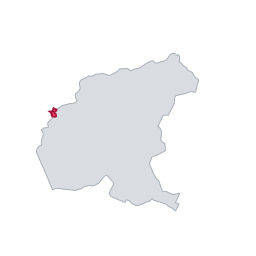 Morobo, Central Equatoria, South Sudan (highlighted), rotated 115°
{"feature_id": "79223893B16328156709571", "entity_name": "Morobo", "entity_type": "district", "adm_level": 2, "iso_a3": "SSD", "parent_name": "South Sudan", "parent_adm1": "Central Equatoria", "projection": "robinson", "projection_center": [30.83, 3.714], "detail": "fine", "context": "in_parent", "style": "filled", "palette": "rose", "viewbox_px": 256, "rotation_deg": 115, "n_neighbors": 0, "source": "geoboundaries", "source_scale": "gbopen_adm2", "svg_char_len": 4890}
<svg xmlns="http://www.w3.org/2000/svg" viewBox="0 0 256 256"><g transform="rotate(115 128 128)"><path d="M195.4,193.1L188.9,200.4L188.5,200.8L187.7,201.4L185.1,201.4L182.4,201.1L179.9,199.2L177.4,200.6L175.8,201.1L174.8,201.3L172.6,201.5L169.4,202.3L168.0,203.3L167.2,204.0L166.6,205.5L166.3,205.6L165.7,205.5L164.9,204.9L163.2,204.1L162.4,202.2L161.6,201.1L160.9,200.6L158.3,202.4L157.0,202.8L155.9,202.7L154.0,201.7L151.8,200.9L150.7,200.9L149.1,201.9L147.2,203.6L146.2,205.2L145.8,206.1L145.1,204.7L144.5,203.8L143.6,203.4L141.8,203.8L141.3,203.2L141.3,202.0L141.0,200.8L140.5,200.0L139.2,199.1L135.6,197.3L132.8,193.8L131.5,192.2L130.5,191.2L129.0,188.4L127.4,186.5L125.4,185.6L124.1,186.1L122.8,188.1L120.2,190.0L119.1,190.1L117.6,189.0L115.7,188.3L112.4,188.0L111.0,188.9L109.2,190.3L107.6,191.2L106.7,191.3L105.8,191.0L104.8,190.8L103.9,190.7L102.1,189.4L101.2,188.4L100.6,187.5L99.6,186.8L98.4,186.3L97.5,185.5L97.1,184.4L96.5,183.1L95.6,181.9L92.8,179.7L92.0,178.4L91.5,177.1L90.3,175.8L89.2,173.9L88.8,171.2L88.7,169.0L88.5,168.0L88.0,167.0L87.4,166.1L86.4,165.2L84.2,163.8L81.9,162.2L80.8,161.2L78.7,160.9L77.5,159.9L76.4,157.9L76.0,156.3L74.9,155.0L74.5,154.1L74.2,153.0L75.1,149.8L73.9,148.7L72.0,147.2L70.7,145.6L70.0,144.1L67.6,142.1L62.5,139.2L59.6,137.3L58.0,135.6L56.6,134.0L56.5,133.3L57.4,131.6L57.5,130.3L56.8,128.8L53.8,126.0L51.3,122.9L49.5,121.9L45.1,121.1L43.8,120.7L42.5,120.1L41.2,118.7L40.7,117.1L41.4,114.4L41.0,113.6L40.2,113.4L40.5,112.9L41.3,111.6L42.7,110.8L46.3,109.4L46.5,108.9L46.6,107.3L46.9,106.5L48.2,104.2L48.4,103.3L48.4,101.4L48.6,100.4L49.0,99.8L50.0,98.7L50.3,98.0L50.5,96.5L50.4,93.5L50.9,92.4L53.2,89.7L53.8,88.5L54.0,87.4L54.0,86.4L54.2,85.3L54.9,84.2L55.4,83.9L57.1,83.6L58.3,83.8L66.4,82.0L67.3,82.2L67.7,83.3L67.7,85.0L67.8,85.9L68.3,86.5L69.5,87.3L70.4,88.7L70.9,89.2L72.2,90.1L78.2,98.0L79.9,98.7L81.5,98.5L84.8,96.8L86.4,96.4L97.9,96.9L99.1,96.6L101.0,100.6L101.8,101.5L114.3,101.6L114.1,100.5L114.3,99.2L116.5,96.8L116.8,96.5L118.7,95.3L120.6,94.6L124.2,93.7L125.6,92.2L126.3,90.9L126.3,88.3L126.8,87.9L127.7,87.3L131.9,85.0L132.6,84.5L140.0,89.9L144.2,94.1L144.4,94.3L144.7,94.4L144.9,94.3L145.1,94.1L145.6,93.9L147.4,93.8L150.7,93.6L151.8,93.1L158.6,85.5L160.3,83.1L160.8,82.6L161.8,80.9L162.8,78.0L163.0,77.6L170.4,70.6L170.7,70.0L170.7,69.5L169.6,67.2L169.4,65.9L169.3,64.1L169.5,61.2L169.4,59.4L169.3,58.9L165.2,53.5L175.6,53.5L175.6,52.8L175.6,52.6L175.4,52.0L175.3,51.2L175.3,50.7L175.3,50.3L175.3,50.1L175.3,49.8L175.3,49.7L182.9,49.8L182.8,51.2L181.9,54.7L181.9,56.8L181.7,59.2L181.4,59.9L181.0,60.4L180.9,60.7L180.9,61.0L182.5,74.3L182.4,74.8L182.0,75.7L181.9,75.9L181.8,76.1L182.0,76.3L185.5,77.7L185.6,77.8L185.8,77.9L187.0,79.6L193.9,85.9L194.1,86.3L194.8,88.2L194.9,88.5L194.9,89.0L194.9,89.4L194.7,90.6L194.8,91.1L194.9,91.4L195.0,91.9L195.0,92.0L194.9,92.3L193.9,94.6L193.6,96.2L193.5,97.6L193.6,98.4L193.7,98.9L193.8,99.1L196.8,99.2L196.8,99.9L197.2,111.9L197.2,113.2L197.1,114.9L196.8,115.6L195.9,116.5L194.9,117.4L192.2,117.6L190.0,117.6L188.4,117.4L186.3,117.3L184.3,117.5L183.5,118.2L180.9,124.6L180.1,126.2L179.8,127.1L180.1,127.7L181.1,128.5L183.4,129.6L186.1,130.3L188.0,130.6L189.3,130.9L190.4,131.2L194.1,134.1L195.3,135.5L196.0,136.7L196.1,137.9L196.7,139.2L200.1,143.2L203.3,145.1L204.6,147.2L205.8,148.2L206.9,149.3L207.5,151.0L208.9,155.8L209.9,158.3L210.8,160.4L211.2,163.7L212.0,165.2L212.8,167.0L214.1,168.7L215.5,169.9L215.8,170.3L201.7,185.9L195.4,193.1Z" fill="#d9dde1" stroke="#a8b0b8" stroke-width="1"/><path d="M141.4,200.5L141.5,200.8L141.5,201.0L141.6,201.3L141.6,201.5L141.7,201.8L141.6,202.0L141.6,202.3L141.5,202.5L141.6,202.8L141.5,203.0L141.6,203.3L141.5,203.5L141.4,203.5L141.3,203.8L141.5,203.8L141.8,204.0L142.0,204.0L142.3,204.1L142.5,204.0L142.6,203.9L142.8,203.8L142.9,203.7L143.0,203.7L143.3,203.4L143.5,203.5L143.8,203.6L144.0,203.7L144.3,203.5L144.5,203.5L144.4,203.4L144.5,203.3L144.4,203.3L144.4,203.2L144.5,203.1L144.6,202.9L144.7,202.7L144.8,202.7L144.8,202.8L144.9,203.0L145.0,203.0L145.1,203.3L145.1,203.5L145.1,203.8L145.1,204.0L145.3,204.2L145.2,204.2L145.3,204.3L145.5,204.3L145.5,204.5L145.8,204.5L146.0,204.5L146.1,204.8L146.1,205.0L146.1,205.3L146.0,205.5L146.0,205.8L145.9,205.9L145.9,206.0L146.0,206.2L146.1,206.3L146.1,206.2L146.3,205.9L146.3,205.7L146.4,205.4L146.4,205.2L146.5,205.1L146.5,204.9L146.7,204.7L146.8,204.5L146.8,204.4L146.8,204.2L147.0,204.2L147.1,203.9L147.3,203.8L147.3,203.7L147.5,203.6L147.5,203.4L147.4,203.3L147.5,203.2L147.6,202.9L147.8,202.9L147.7,202.8L147.8,202.7L148.0,202.5L148.0,202.4L148.3,202.4L148.5,202.5L148.7,202.4L148.8,202.4L149.0,202.3L149.0,202.2L149.3,202.0L149.3,201.9L149.2,201.8L149.2,201.7L149.3,201.7L149.5,201.6L149.8,201.7L149.8,201.8L149.8,201.7L149.1,200.3L149.1,199.3L147.9,197.9L147.2,198.3L145.8,199.2L145.8,200.8L143.8,201.0L142.6,200.1L141.4,200.5Z" fill="#f43f5e" stroke="#9f1239" stroke-width="1.5"/></g></svg>